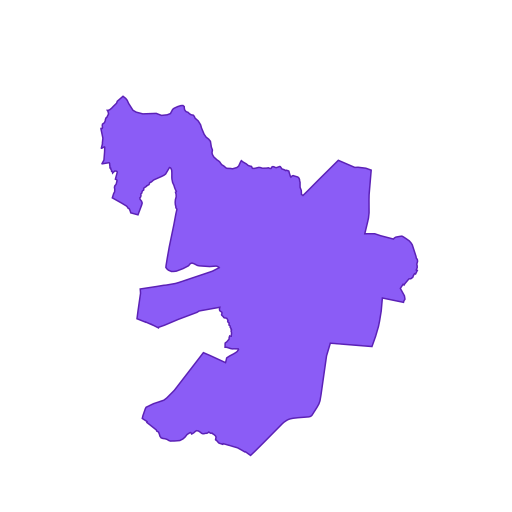 the district of El Carmen Tequexquitla, Tlaxcala, Mexico, rotated 344°
{"feature_id": "50627088B42495423385863", "entity_name": "El Carmen Tequexquitla", "entity_type": "district", "adm_level": 2, "iso_a3": "MEX", "parent_name": "Mexico", "parent_adm1": "Tlaxcala", "projection": "orthographic", "projection_center": [-97.685, 19.341], "detail": "fine", "context": "isolated", "style": "filled", "palette": "violet", "viewbox_px": 512, "rotation_deg": 344, "n_neighbors": 0, "source": "geoboundaries", "source_scale": "gbopen_adm2", "svg_char_len": 6088}
<svg xmlns="http://www.w3.org/2000/svg" viewBox="0 0 512 512"><g transform="rotate(344 256 256)"><path d="M153.2,75.0L153.3,75.5L153.6,76.1L153.4,78.8L150.8,81.6L150.2,81.7L149.8,82.0L148.9,83.2L148.4,84.4L147.1,86.0L146.7,86.2L144.8,86.9L144.2,88.1L143.8,90.4L143.3,91.0L142.2,90.6L142.0,90.9L141.3,100.5L139.4,105.2L139.4,105.7L137.1,109.6L137.1,109.8L137.5,109.9L140.2,109.3L140.5,109.4L140.6,109.7L139.1,114.3L136.4,121.5L136.2,121.9L133.4,124.8L133.5,125.0L139.7,125.7L140.4,125.8L140.7,126.0L140.8,126.8L140.4,128.5L140.4,129.2L139.9,131.1L140.5,131.4L140.4,132.8L140.8,134.3L140.5,134.9L141.3,135.7L141.1,136.7L143.6,135.4L144.6,135.7L145.5,136.2L145.8,137.1L142.0,143.4L142.2,143.6L143.1,144.3L143.2,145.3L141.3,148.5L140.3,149.2L139.8,149.4L139.3,150.4L138.9,150.7L138.7,151.9L138.7,152.7L137.8,155.3L137.2,156.0L136.6,156.4L133.9,160.5L141.5,168.2L145.3,172.3L145.8,173.3L146.3,175.0L146.9,175.3L147.2,175.8L147.5,178.1L147.5,180.0L153.9,183.9L160.2,175.4L161.1,173.9L161.2,173.5L161.1,171.8L160.2,169.6L160.3,168.1L161.3,167.5L161.8,166.8L162.1,166.3L162.1,165.6L162.5,164.5L163.6,164.0L164.2,162.8L164.9,162.0L166.1,161.7L166.5,160.9L166.6,160.2L167.1,159.7L169.7,158.9L170.3,158.3L171.0,158.4L172.2,157.9L172.7,157.9L173.5,157.1L173.8,156.4L174.7,156.0L175.3,156.1L176.0,155.9L178.3,154.8L179.1,154.6L187.2,153.5L189.8,153.0L191.7,152.3L197.2,147.1L198.1,147.7L198.4,148.4L198.6,150.3L198.0,153.0L196.8,157.1L196.4,158.9L196.1,162.4L196.6,165.5L196.6,167.8L196.9,170.5L197.3,171.9L196.7,172.4L196.2,172.5L196.2,174.6L195.6,177.1L194.1,179.5L193.1,182.1L192.6,184.5L192.6,186.4L192.3,187.4L192.4,188.0L192.8,188.8L192.8,189.4L190.6,193.4L185.7,203.2L175.2,223.2L170.2,233.4L167.0,240.2L166.2,242.2L166.9,244.0L167.9,245.5L170.5,247.6L172.7,248.2L175.3,248.6L182.4,248.0L188.4,246.8L190.8,245.2L192.5,245.1L194.4,246.4L197.0,248.9L198.7,249.8L208.6,253.4L215.0,254.7L215.6,255.1L216.3,255.6L217.1,256.4L217.4,257.1L209.8,258.6L174.4,260.2L170.9,260.2L161.5,259.2L159.1,258.7L151.9,257.9L135.6,255.8L135.1,258.4L134.7,260.1L127.6,275.9L124.3,283.5L131.5,289.1L131.6,288.9L136.9,293.3L136.9,293.1L142.3,298.1L142.4,297.7L149.1,297.3L163.8,295.5L183.8,293.9L186.1,293.2L187.5,293.3L207.1,295.3L206.3,296.8L206.1,297.6L206.1,298.6L207.6,300.6L207.6,300.9L207.6,301.5L206.7,302.9L206.7,303.3L207.9,305.5L208.0,306.2L208.8,306.9L209.5,307.1L210.8,307.9L211.3,310.2L210.8,310.8L210.9,312.0L211.7,313.0L211.0,314.9L211.6,315.7L211.8,316.2L211.8,316.8L211.5,317.4L211.7,317.8L211.8,318.4L212.0,318.6L211.8,319.8L212.1,319.8L212.1,320.3L211.3,321.6L211.4,322.1L211.3,323.2L210.1,326.3L208.9,325.8L208.7,325.6L207.8,326.8L207.2,328.5L204.0,330.6L203.4,330.8L202.9,330.9L202.6,331.0L202.2,331.6L201.1,335.2L202.7,335.7L206.1,338.0L207.7,338.8L209.2,339.1L210.7,339.6L213.3,340.3L213.4,341.1L211.6,342.6L210.4,343.1L207.6,343.9L203.2,344.8L199.9,345.8L199.6,346.1L198.7,347.8L197.3,350.1L184.4,339.0L178.8,334.4L140.5,362.6L131.0,367.9L127.7,369.2L116.8,369.7L108.7,371.1L107.6,372.2L103.3,378.3L101.9,380.8L105.7,385.2L105.2,385.9L112.2,395.7L112.4,397.1L113.4,397.9L113.8,398.7L114.0,400.8L114.0,402.8L114.7,404.7L116.3,405.8L118.2,406.6L120.1,407.9L121.2,409.2L122.7,410.3L125.2,410.9L126.5,411.3L131.9,412.4L135.4,411.7L137.9,410.5L140.5,408.6L143.8,407.6L144.6,407.7L145.1,409.4L147.4,408.8L149.3,407.9L150.7,407.5L152.4,408.3L154.1,410.3L154.7,411.3L155.7,412.1L156.9,412.5L158.4,412.5L159.6,412.8L160.6,412.8L162.1,412.2L163.4,413.8L165.0,414.2L165.2,414.8L166.1,415.7L167.0,416.9L167.6,418.1L167.6,419.3L166.5,421.3L166.5,421.7L167.0,421.9L168.3,424.7L168.7,425.5L170.0,426.5L171.2,427.1L171.6,427.7L172.2,427.9L172.7,427.3L185.4,435.3L188.9,438.8L191.3,441.3L191.8,441.2L195.8,446.2L201.0,443.5L211.7,437.6L234.8,424.6L237.0,423.5L239.4,422.7L241.2,422.2L242.9,422.0L244.3,422.0L247.0,422.2L251.7,423.0L262.5,425.2L264.4,425.2L265.9,424.5L273.0,418.2L275.7,415.5L277.6,412.8L280.2,407.4L296.3,371.4L303.4,360.3L342.5,375.0L348.8,366.2L354.3,357.5L356.8,352.7L361.2,343.4L365.9,331.2L385.0,341.2L385.3,340.6L386.2,339.5L387.0,338.9L387.3,338.5L387.7,335.2L385.8,326.9L389.6,323.7L390.3,324.7L391.4,323.7L396.6,320.2L397.4,320.2L398.3,320.5L399.2,320.4L399.8,320.0L400.5,319.9L401.2,319.3L401.6,318.5L403.5,316.7L404.4,317.3L407.1,314.3L406.2,313.6L407.8,311.5L408.2,310.0L408.3,308.1L409.8,305.8L410.0,304.9L410.1,303.7L409.5,302.2L409.7,300.5L409.3,288.4L408.7,286.3L407.5,283.7L404.9,280.5L402.9,278.2L401.7,277.1L399.7,276.8L395.7,276.4L394.0,276.8L392.8,277.6L381.3,270.8L376.2,267.3L366.7,264.6L372.7,254.0L374.6,250.5L376.6,245.6L380.1,233.2L381.6,228.3L390.4,205.2L385.8,201.9L378.5,198.8L375.4,198.1L361.5,186.7L336.9,200.2L323.7,207.6L317.8,210.8L316.7,209.3L317.6,205.5L317.3,202.1L318.7,197.1L318.6,196.1L318.9,194.7L318.8,193.2L318.4,192.2L317.8,191.5L314.8,189.6L314.0,189.0L313.3,188.9L312.8,189.0L311.3,189.8L311.0,188.9L310.9,184.6L311.0,183.5L309.9,182.5L309.5,182.5L308.6,181.8L307.9,182.0L306.8,180.7L306.3,180.5L306.1,180.2L305.0,179.6L304.0,176.8L303.6,176.5L299.9,176.7L299.3,176.4L298.5,175.9L298.0,175.3L296.9,174.7L295.6,174.9L294.9,175.8L294.5,176.0L293.5,175.7L292.2,174.6L290.7,174.5L286.7,173.5L286.0,173.2L284.8,172.3L283.2,171.6L278.9,171.4L277.0,170.9L276.6,170.4L276.5,169.2L276.2,168.5L275.1,168.0L273.4,166.8L272.1,164.8L269.4,162.0L268.2,160.3L267.0,161.4L264.1,164.8L262.0,165.7L257.5,165.7L255.6,164.8L252.8,163.9L251.7,163.4L249.8,160.5L248.3,158.9L247.6,157.3L247.2,155.9L246.4,154.5L244.8,152.6L243.8,150.8L243.0,149.8L242.4,147.9L242.1,146.5L242.1,145.3L242.3,144.3L243.3,142.2L243.3,141.6L243.1,139.0L243.8,133.2L242.7,130.6L240.8,128.0L239.7,124.7L238.9,118.0L238.9,114.6L237.7,110.3L235.4,106.6L235.2,104.9L234.6,103.4L232.5,102.3L231.2,100.8L230.2,99.1L228.7,98.1L228.0,96.7L227.7,95.6L227.9,93.8L228.2,92.6L227.3,91.2L225.2,90.7L221.8,90.8L218.0,91.4L216.3,92.1L213.0,95.5L209.5,95.8L203.9,94.8L199.4,91.4L186.4,88.2L180.5,84.7L177.9,82.0L175.6,74.2L175.1,70.8L174.2,68.6L172.2,65.8L165.3,69.0L164.1,70.7L160.0,72.9L158.0,74.1L155.7,75.1L155.1,75.1L154.2,75.3L153.2,75.0Z" fill="#8b5cf6" stroke="#5b21b6" stroke-width="1.5"/></g></svg>